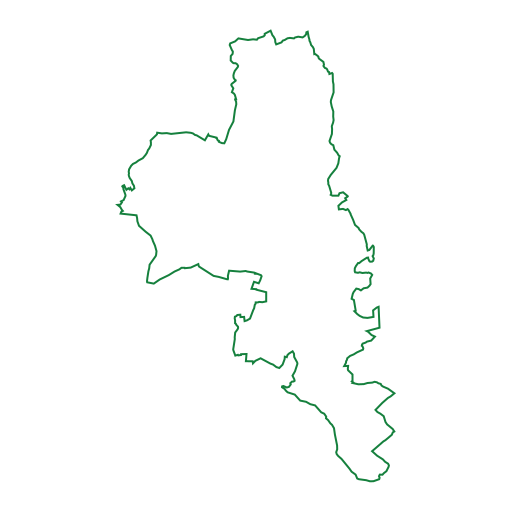 Chiochis, Bistrita-Nasaud, Romania (Albers equal-area conic projection)
{"feature_id": "2599482B79124643183064", "entity_name": "Chiochis", "entity_type": "district", "adm_level": 2, "iso_a3": "ROU", "parent_name": "Romania", "parent_adm1": "Bistrita-Nasaud", "projection": "albers", "projection_center": [24.176, 46.97], "detail": "fine", "context": "isolated", "style": "outline", "palette": "green", "viewbox_px": 512, "rotation_deg": 0, "n_neighbors": 0, "source": "geoboundaries", "source_scale": "gbopen_adm2", "svg_char_len": 6040}
<svg xmlns="http://www.w3.org/2000/svg" viewBox="0 0 512 512"><path d="M392.7,429.0L387.1,424.4L385.5,422.0L383.7,416.2L380.4,413.7L377.4,412.0L375.5,409.9L382.3,402.9L388.0,397.9L390.6,396.4L394.4,393.3L388.0,388.7L383.1,386.6L381.5,385.5L380.7,383.9L378.4,383.3L376.9,382.3L374.6,381.8L372.3,382.6L367.5,383.0L363.8,384.1L358.4,384.3L352.6,383.0L353.2,382.4L351.8,381.4L352.5,380.7L352.5,374.5L348.1,370.3L347.8,369.1L348.1,365.9L344.2,366.1L346.0,362.7L346.1,361.3L347.0,359.7L347.2,358.3L347.7,357.9L350.1,355.9L353.7,354.4L356.9,352.4L363.0,349.6L363.3,348.3L362.5,346.3L361.8,345.8L362.0,344.7L362.7,343.6L365.6,342.6L367.0,341.6L371.2,340.6L374.9,336.6L371.5,335.0L368.1,331.7L366.9,331.1L379.5,327.7L378.6,306.8L376.7,307.6L373.1,310.4L373.5,316.9L367.5,317.9L363.1,317.5L359.7,315.9L357.3,314.1L354.4,311.2L355.7,310.7L353.9,300.0L351.6,298.8L352.8,293.8L353.6,292.1L356.3,288.6L358.7,289.1L360.9,290.4L363.6,288.3L367.5,287.6L369.5,285.7L370.6,284.1L370.2,278.5L372.2,274.9L371.0,273.5L368.5,272.5L367.6,272.9L366.1,272.6L362.4,273.0L359.7,272.3L358.0,272.8L355.1,272.3L354.7,271.1L354.8,268.3L355.9,266.1L358.1,263.0L359.2,263.1L361.7,261.0L366.9,257.7L368.1,257.6L368.1,258.3L369.3,261.0L370.1,261.7L372.1,261.6L373.2,260.8L373.8,258.4L372.6,256.1L373.4,255.0L373.7,253.3L373.8,247.0L373.1,245.7L372.7,245.6L369.3,250.0L367.7,250.5L366.7,246.0L366.8,244.3L364.2,234.7L363.4,233.3L361.4,231.8L359.2,229.4L358.6,228.0L355.0,224.9L353.1,219.8L350.6,214.3L350.6,213.8L348.4,209.9L347.6,209.1L345.9,210.1L343.0,208.9L338.9,209.4L338.4,205.8L342.0,202.4L346.3,200.0L345.2,198.2L347.6,196.6L347.8,196.3L347.7,196.1L343.1,192.3L339.5,193.2L338.4,195.7L332.5,195.7L330.7,194.8L331.1,194.0L331.2,192.7L329.2,186.0L328.3,184.2L328.3,182.2L328.0,180.9L328.2,179.0L330.7,175.0L336.5,167.9L338.3,163.4L339.1,158.1L339.7,156.2L338.7,155.5L337.1,152.7L334.4,149.7L333.3,145.2L331.5,144.3L330.7,143.5L330.0,142.6L329.5,141.0L331.9,134.0L332.1,129.1L331.8,126.2L333.1,122.6L333.6,120.1L333.2,116.6L333.3,111.5L331.7,106.4L330.8,102.0L331.0,100.1L333.6,92.4L333.5,84.3L332.9,81.4L332.7,73.8L332.1,73.0L329.4,74.0L329.1,72.1L328.0,71.6L327.1,69.3L326.4,68.5L325.0,68.0L323.6,66.3L323.5,65.6L324.0,64.8L323.4,61.9L319.2,58.8L318.5,57.7L318.4,56.7L317.8,56.0L315.0,53.9L314.3,54.1L313.8,48.9L312.9,47.1L311.1,45.0L310.3,42.3L309.5,40.8L309.4,39.5L308.6,36.8L307.7,31.7L306.4,32.3L306.1,34.3L304.7,36.0L302.6,37.4L298.2,36.7L295.0,37.5L294.0,38.4L289.9,37.9L287.5,38.3L284.7,40.0L282.8,40.6L281.5,42.4L276.2,44.4L275.3,42.1L275.1,39.4L273.6,36.6L272.5,35.4L270.6,30.7L264.7,33.8L264.7,35.3L263.6,36.4L258.1,38.2L256.9,39.7L253.1,39.3L248.0,40.0L238.4,38.4L235.1,41.4L230.2,43.4L229.7,45.0L232.0,50.3L232.8,51.4L232.8,52.3L232.6,53.9L230.8,56.0L230.7,60.5L232.9,62.8L233.7,63.2L235.6,63.2L237.2,64.3L238.1,65.9L237.8,67.0L234.8,70.9L233.9,73.2L233.4,75.4L233.6,77.7L234.8,79.7L235.7,80.3L235.6,80.8L231.7,83.9L231.3,84.7L231.4,85.4L233.3,88.3L231.9,92.2L234.0,93.6L234.9,95.0L236.1,99.2L235.2,99.2L235.1,99.6L236.1,101.6L236.3,104.2L234.9,110.3L233.4,121.5L229.0,129.9L226.2,139.2L224.3,143.3L221.9,143.1L218.9,141.8L218.9,140.8L217.8,140.4L217.2,139.3L217.0,138.3L216.4,138.1L216.4,137.6L209.0,135.8L208.3,134.4L204.9,140.3L196.6,135.3L195.1,135.0L192.9,133.4L190.8,132.8L186.1,132.3L171.1,133.9L166.8,133.1L161.9,133.4L157.2,132.7L157.0,134.2L156.4,134.9L150.6,140.5L150.9,142.2L150.9,145.0L149.2,148.5L148.0,150.0L146.9,152.9L145.5,155.0L142.8,158.2L138.5,160.5L135.9,162.5L133.0,163.9L131.2,165.7L129.1,169.3L128.7,171.8L129.0,173.3L128.7,174.8L129.0,176.2L129.7,178.0L131.8,181.0L132.4,183.4L133.9,185.7L134.4,188.3L131.8,190.4L130.3,187.9L129.4,189.3L128.3,188.3L126.4,189.8L124.1,185.2L122.5,186.0L122.3,186.4L123.3,187.6L123.4,189.1L125.4,194.7L125.5,195.9L123.6,200.1L121.0,201.4L121.9,202.4L120.4,204.6L117.6,204.9L120.3,207.1L121.9,209.9L122.8,210.9L121.4,211.6L120.6,213.6L136.5,215.3L137.1,218.1L137.4,221.3L139.0,225.8L145.6,231.7L150.6,235.6L152.4,239.3L152.9,241.0L155.0,245.7L156.5,251.2L156.1,254.9L155.7,256.1L149.6,264.7L149.2,268.3L148.4,271.3L147.4,277.8L147.0,281.2L147.2,282.3L153.8,283.6L159.7,279.5L168.8,275.1L174.6,271.5L179.3,269.4L181.5,267.8L184.6,267.8L184.8,268.2L190.7,267.6L198.3,264.1L198.7,265.9L199.1,266.6L213.6,275.9L218.7,276.9L226.8,279.2L227.8,279.3L228.0,278.5L227.9,275.8L229.1,270.7L240.2,271.6L245.7,271.0L247.1,271.5L254.2,272.6L255.0,272.9L254.9,273.7L256.0,273.8L256.2,273.4L261.0,275.2L261.6,276.2L260.2,280.3L258.7,283.3L254.0,281.8L251.5,288.8L256.3,289.2L256.4,289.7L266.2,292.2L266.2,301.4L262.3,302.2L259.1,301.9L258.0,302.4L255.7,302.4L255.6,303.7L254.8,304.8L254.1,308.4L253.3,309.9L250.0,318.6L246.9,320.4L244.6,321.1L244.1,316.9L240.5,317.1L240.3,314.7L237.3,315.0L236.4,316.1L234.9,316.7L234.7,318.4L235.1,320.3L235.1,323.3L235.8,323.7L236.2,324.7L238.0,326.7L238.1,328.0L237.6,329.3L235.2,332.5L234.7,337.3L234.8,339.1L233.2,349.4L233.4,350.4L235.3,355.6L237.9,354.8L238.3,355.4L241.0,355.0L241.1,354.2L246.5,354.0L245.9,361.2L252.7,361.3L253.0,363.3L255.4,360.8L260.6,358.3L270.4,363.6L273.1,364.6L276.4,367.1L279.3,368.0L282.6,364.6L284.6,359.2L284.8,356.7L286.8,357.2L287.4,355.2L288.8,353.7L292.6,351.3L294.0,353.7L294.2,357.0L297.1,362.3L297.4,363.3L297.3,364.2L295.0,371.3L292.5,375.7L294.3,379.3L294.6,380.8L293.6,381.5L292.0,381.6L290.3,383.2L290.7,384.5L288.9,386.9L286.8,387.5L283.4,386.0L282.1,386.4L282.0,387.2L284.7,389.0L285.7,390.5L287.6,392.3L294.8,394.6L300.2,400.6L306.1,401.8L310.3,404.2L315.1,405.4L321.2,412.3L324.2,413.7L326.2,416.6L326.0,418.3L328.1,420.1L330.4,423.4L332.0,424.8L334.0,428.2L334.9,434.5L337.1,445.5L337.2,449.3L336.2,452.2L336.7,454.1L338.1,455.9L341.6,459.0L349.5,468.7L351.6,471.7L355.6,474.6L357.2,478.5L358.8,479.2L366.2,480.2L370.0,481.3L373.5,481.2L379.2,479.2L379.6,477.8L379.0,476.2L379.8,474.6L382.5,474.7L383.8,473.2L386.4,471.2L388.6,466.8L388.9,465.4L388.1,463.7L385.1,461.8L382.9,459.4L377.1,455.7L372.1,451.2L383.4,441.4L385.4,440.2L391.8,434.8L392.8,432.4L394.3,431.5L392.7,429.0Z" fill="none" stroke="#15803d" stroke-width="2"/></svg>